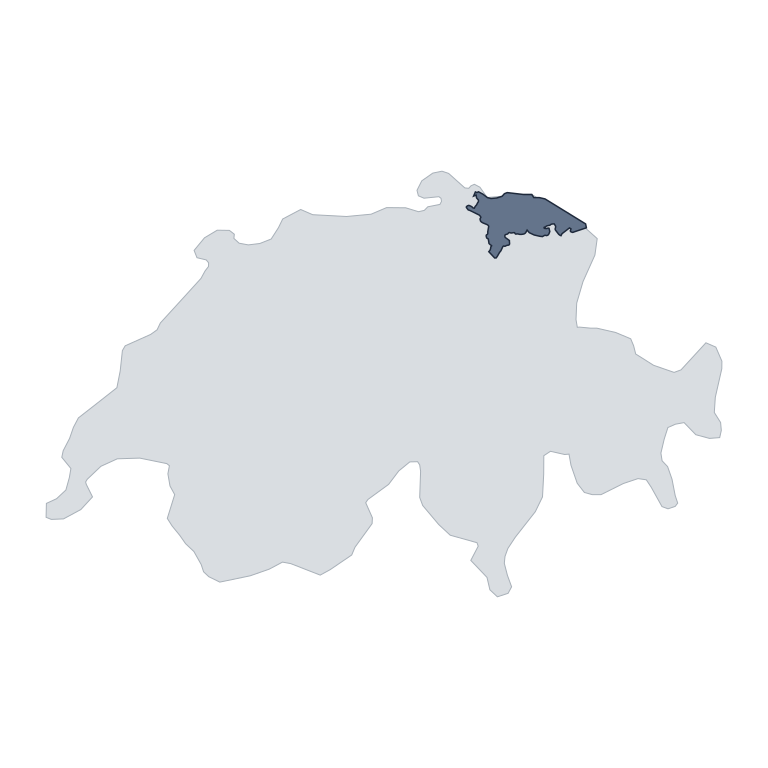 Thurgau on a map of Switzerland (orthographic projection)
{"feature_id": "CHE-174", "entity_name": "Thurgau", "entity_type": "Canton", "adm_level": 1, "iso_a3": "CHE", "parent_name": "Switzerland", "parent_adm1": "", "projection": "orthographic", "projection_center": [9.06, 47.531], "detail": "fine", "context": "in_parent", "style": "filled", "palette": "slate", "viewbox_px": 768, "rotation_deg": 0, "n_neighbors": 0, "source": "natural_earth", "source_scale": "10m", "svg_char_len": 4555}
<svg xmlns="http://www.w3.org/2000/svg" viewBox="0 0 768 768"><path d="M582.1,226.2L586.6,229.1L597.2,238.6L594.9,255.1L583.0,281.6L576.7,303.1L576.0,319.6L577.3,327.3L579.5,327.1L591.1,328.2L597.0,328.2L615.7,332.5L630.7,338.8L633.6,345.7L635.7,354.0L653.6,365.3L674.1,372.4L681.0,369.9L705.9,342.8L715.8,347.1L721.9,361.2L721.8,368.7L715.3,397.3L714.3,412.5L720.6,422.5L721.3,430.4L719.7,437.6L709.5,438.4L695.8,434.7L684.1,422.6L675.4,424.2L667.9,427.5L664.2,439.1L660.9,453.1L662.1,460.8L667.6,466.6L672.0,479.2L675.2,495.6L677.7,503.1L675.2,506.4L668.0,508.8L662.0,506.6L651.2,487.2L646.3,479.8L638.0,478.6L623.4,483.5L601.1,494.6L592.1,494.6L584.4,492.5L577.2,483.2L571.0,465.3L569.0,454.1L564.7,454.5L550.4,451.3L543.8,455.7L543.7,474.1L542.5,496.9L535.3,511.7L515.3,537.2L507.9,548.4L505.0,556.4L504.3,563.3L507.4,575.3L511.6,586.8L508.1,593.3L497.4,596.8L489.9,589.8L487.0,577.4L470.8,560.4L478.2,546.2L477.0,542.7L450.2,535.2L438.7,524.5L422.7,505.5L419.7,497.4L420.6,471.2L419.7,464.9L417.6,461.7L409.8,461.9L398.8,470.9L388.6,484.4L367.9,499.5L365.7,502.7L372.4,517.8L372.1,523.6L355.0,547.2L351.7,555.0L330.1,569.7L320.2,575.1L290.7,563.6L282.5,562.1L269.1,569.2L250.2,575.8L219.8,582.1L208.8,576.7L203.6,571.8L201.2,564.5L193.9,551.5L185.6,543.7L179.8,535.4L172.2,526.1L167.3,518.4L174.7,494.6L170.0,486.0L167.9,473.8L169.4,465.7L166.8,463.6L139.8,458.1L117.3,458.8L100.9,466.3L87.3,479.2L85.6,482.0L86.3,484.4L92.5,496.9L80.9,509.5L63.5,518.9L51.3,519.4L46.1,517.3L46.4,503.4L56.6,498.7L65.9,490.0L69.4,477.4L70.9,468.5L61.8,457.3L63.2,450.7L69.6,438.4L73.4,427.4L78.4,417.9L97.6,402.9L116.9,387.7L120.2,371.0L122.4,350.6L125.2,345.8L150.7,334.4L157.1,329.8L160.4,322.9L180.8,300.6L201.0,278.4L205.1,270.9L208.5,266.5L208.6,262.8L206.2,259.9L197.0,257.7L194.1,250.4L204.5,237.8L217.2,230.2L229.4,230.4L234.3,234.2L233.9,238.4L239.1,243.2L248.3,244.9L259.8,243.5L271.2,239.0L278.5,227.6L282.7,219.0L300.7,209.5L312.7,214.7L346.5,216.5L371.1,214.2L386.6,207.6L405.7,207.8L418.5,211.7L420.7,211.2L424.3,210.4L427.8,206.8L439.9,204.4L441.5,201.4L441.0,198.3L438.9,196.7L424.0,198.2L418.4,195.8L417.0,190.3L421.8,180.8L432.8,173.1L442.0,171.2L448.6,173.4L464.8,187.9L468.7,188.3L471.0,185.8L474.4,184.3L479.9,187.2L486.2,196.1L487.3,197.5L523.6,194.4L531.7,194.4L556.4,210.0L582.1,226.2Z" fill="#d9dde1" stroke="#a8b0b8" stroke-width="1"/><path d="M483.0,194.2L483.1,194.3L487.4,197.6L491.0,198.5L496.7,198.0L502.1,196.3L504.4,193.7L507.2,192.6L523.6,194.5L531.8,194.5L533.8,197.6L539.3,197.6L545.0,198.9L585.6,223.9L586.4,227.8L574.7,231.7L573.4,232.2L572.6,232.4L572.1,232.3L570.6,231.6L570.5,231.2L570.3,230.9L571.0,228.9L569.5,227.9L562.0,233.7L561.0,235.7L560.0,235.3L558.7,234.3L555.4,230.0L555.1,229.0L555.5,227.8L555.6,227.0L555.6,226.1L554.2,223.9L552.1,224.0L551.4,224.2L550.7,224.5L550.0,225.2L549.5,225.4L548.3,225.5L547.5,225.7L546.6,226.0L546.0,226.4L545.5,227.0L545.2,227.2L544.9,227.2L544.6,227.1L544.3,227.2L544.1,227.4L544.1,228.0L544.6,228.4L546.2,228.6L547.1,228.4L547.9,228.1L548.6,228.1L549.0,228.2L549.8,231.5L549.2,233.2L548.9,233.9L548.4,234.7L547.6,235.3L546.6,235.6L545.3,235.3L544.5,235.4L543.1,236.2L542.5,236.6L539.9,236.3L534.2,235.0L529.3,232.7L527.1,230.1L525.8,232.5L525.1,233.3L523.9,234.0L521.5,234.4L519.7,234.4L517.8,233.9L517.2,233.9L515.9,234.1L515.5,234.0L515.1,233.6L514.8,233.1L514.5,232.7L514.0,232.6L511.4,233.0L510.5,232.9L509.4,232.5L508.8,232.7L507.6,234.0L507.0,234.2L506.2,234.4L505.3,234.7L504.8,235.7L504.9,236.8L505.3,237.5L509.4,240.5L509.4,241.2L509.6,243.5L509.5,244.2L509.2,244.7L508.7,245.1L507.7,245.2L506.9,245.4L506.1,245.7L505.4,246.1L504.9,246.3L504.4,246.2L503.8,246.0L503.1,246.3L502.6,247.1L500.9,250.8L499.5,252.5L497.4,256.2L496.2,257.9L494.7,258.0L488.8,251.7L490.0,250.2L490.3,249.4L490.6,248.5L490.8,246.9L491.6,245.9L491.6,245.6L490.5,244.9L489.0,243.5L488.3,239.0L486.8,238.1L486.5,237.4L486.2,236.2L486.2,235.5L486.3,235.1L486.6,234.8L487.3,234.4L487.6,234.0L487.8,233.4L487.8,233.0L487.8,232.7L487.8,232.4L487.7,232.0L487.8,231.5L488.6,226.9L488.7,226.3L488.3,225.5L487.3,224.7L482.9,222.9L481.4,222.0L480.5,221.0L480.0,219.0L480.7,217.6L480.9,217.2L480.1,216.0L479.3,215.1L470.0,210.5L468.2,209.9L466.9,208.2L466.4,207.5L466.3,207.0L466.6,206.5L467.5,205.8L468.6,205.4L469.6,205.6L471.8,206.7L472.6,207.5L473.2,208.0L473.8,208.1L474.3,208.2L475.2,206.4L476.5,205.0L477.6,202.8L478.3,201.9L478.5,200.8L478.3,199.9L476.6,198.0L476.1,195.1L473.6,196.1L475.4,191.9L475.5,191.9L476.8,192.6L478.5,191.8L483.0,194.2Z" fill="#64748b" stroke="#1e293b" stroke-width="1.5"/></svg>